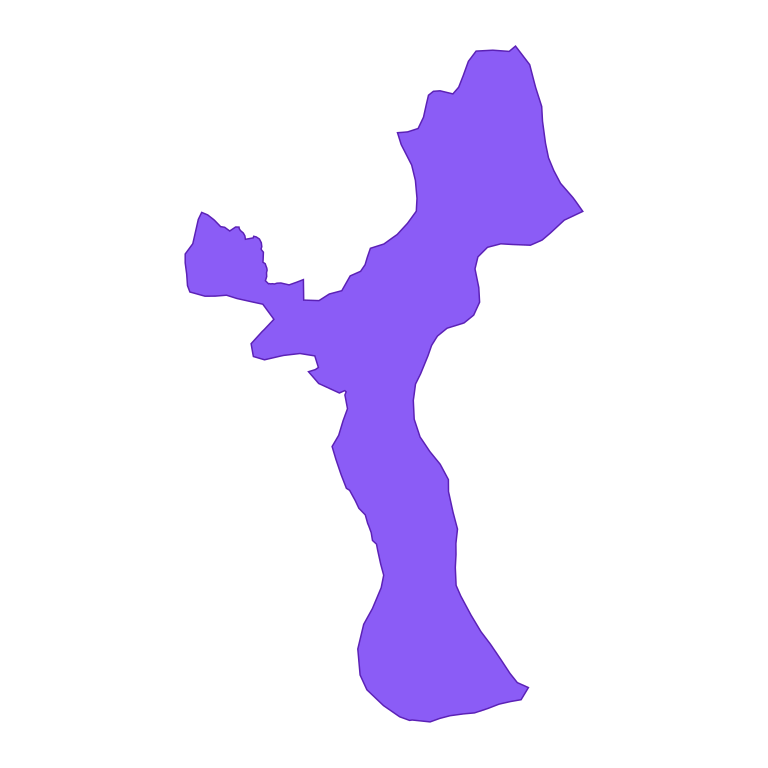 Ughelli North, Delta, Nigeria (Robinson projection)
{"feature_id": "59680162B70966513794539", "entity_name": "Ughelli North", "entity_type": "district", "adm_level": 2, "iso_a3": "NGA", "parent_name": "Nigeria", "parent_adm1": "Delta", "projection": "robinson", "projection_center": [6.018, 5.482], "detail": "fine", "context": "isolated", "style": "filled", "palette": "violet", "viewbox_px": 768, "rotation_deg": 0, "n_neighbors": 0, "source": "geoboundaries", "source_scale": "gbopen_adm2", "svg_char_len": 2722}
<svg xmlns="http://www.w3.org/2000/svg" viewBox="0 0 768 768"><path d="M430.1,721.9L439.8,718.4L450.1,715.7L463.4,713.9L474.5,712.9L487.8,708.5L498.9,704.2L501.4,703.6L510.7,701.5L521.1,699.7L528.4,687.6L517.3,682.6L509.9,673.3L500.9,659.6L490.5,644.3L480.9,631.6L471.0,615.1L468.8,611.0L460.7,595.9L456.1,585.4L455.3,567.5L456.0,554.6L455.9,543.5L457.5,529.1L455.5,521.6L453.0,512.1L448.5,491.6L448.4,479.6L440.2,464.3L429.8,451.5L423.2,441.6L420.9,438.2L420.1,437.1L414.2,419.2L413.3,400.4L414.2,394.0L415.5,384.1L420.6,373.8L428.0,355.7L431.6,345.4L436.0,338.3L437.5,336.0L447.1,328.2L464.1,322.9L473.7,315.1L479.6,302.2L478.8,287.6L475.0,268.9L477.9,256.9L487.5,247.3L497.5,244.7L500.8,243.8L512.6,244.5L530.4,245.2L535.7,242.9L542.2,240.0L550.3,233.1L564.3,220.1L582.8,211.4L576.1,201.9L573.1,197.8L560.5,183.3L553.8,170.6L548.5,157.8L545.5,143.3L542.5,121.1L541.7,106.5L535.7,87.7L534.2,82.1L529.7,64.7L515.5,46.1L509.2,51.4L492.8,50.2L476.1,51.1L468.4,61.3L463.2,75.7L458.7,87.2L452.9,93.9L440.1,90.8L433.4,91.3L428.5,95.2L426.4,104.1L423.5,117.2L418.1,128.5L407.6,131.9L403.0,132.3L397.5,132.7L401.2,144.6L411.7,165.1L415.4,180.4L417.0,198.4L416.9,200.2L416.3,211.2L407.5,223.3L397.2,234.5L391.8,238.3L383.9,244.0L370.4,248.3L367.3,257.3L365.1,264.7L360.6,271.3L350.2,275.9L341.8,290.7L329.3,294.0L319.0,300.6L303.7,300.1L303.4,279.6L296.7,282.2L289.1,284.9L280.9,283.0L276.9,283.2L274.4,284.0L272.5,283.7L270.7,283.9L269.1,283.6L268.5,283.8L265.4,280.7L266.7,276.6L266.5,272.7L267.1,270.2L266.8,268.1L266.1,266.3L265.2,263.7L264.1,263.0L262.9,262.1L263.1,260.0L263.4,252.2L261.6,250.0L261.1,249.0L261.8,246.7L261.3,242.7L259.4,239.0L256.2,236.9L253.7,236.3L253.2,237.9L245.4,239.3L244.9,235.9L243.3,233.0L240.4,230.5L239.3,228.7L239.0,227.1L235.6,227.0L229.7,231.0L224.7,227.3L221.1,226.7L220.7,226.7L214.3,220.1L207.7,214.9L201.7,212.4L198.3,219.4L192.8,243.7L185.2,254.0L185.2,262.9L186.1,269.7L186.7,274.1L187.5,285.7L189.9,292.0L193.2,292.9L205.0,296.2L215.4,296.1L226.5,295.2L236.9,298.5L251.7,301.8L262.8,304.2L273.9,319.3L264.2,329.6L262.1,331.6L251.1,343.7L253.0,354.5L253.4,356.5L264.5,359.8L280.4,356.1L283.7,355.4L300.0,353.5L314.8,355.9L318.4,367.5L315.3,369.6L308.5,371.7L318.7,383.5L339.4,393.0L344.7,390.6L344.8,390.6L345.0,390.8L346.1,391.9L344.9,395.0L345.3,397.0L347.5,408.7L343.1,420.7L338.7,435.3L332.1,446.5L335.9,459.3L341.1,474.6L346.4,488.3L349.6,490.3L355.2,500.5L358.9,508.3L365.3,514.9L367.7,523.5L368.7,525.8L371.2,532.6L372.5,540.5L376.5,544.1L377.7,550.4L380.7,564.1L383.7,575.2L381.2,587.7L372.4,608.6L363.7,624.3L357.8,649.0L358.6,658.0L360.1,675.0L366.9,689.8L383.5,705.6L399.7,716.8L409.6,720.4L412.1,720.0L430.1,721.9Z" fill="#8b5cf6" stroke="#5b21b6" stroke-width="1.5"/></svg>